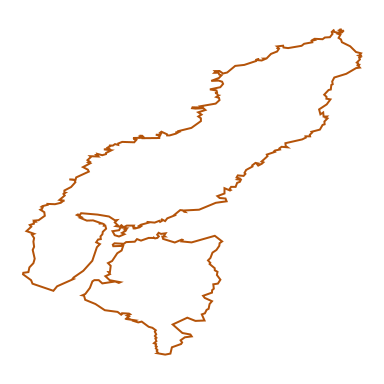 the district of Andøy nor, Nordland, Norway
{"feature_id": "86288312B3163335119560", "entity_name": "Andøy nor", "entity_type": "district", "adm_level": 2, "iso_a3": "NOR", "parent_name": "Norway", "parent_adm1": "Nordland", "projection": "natural_earth1", "projection_center": [15.765, 69.044], "detail": "fine", "context": "isolated", "style": "outline", "palette": "amber", "viewbox_px": 384, "rotation_deg": 0, "n_neighbors": 0, "source": "geoboundaries", "source_scale": "gbopen_adm2", "svg_char_len": 5934}
<svg xmlns="http://www.w3.org/2000/svg" viewBox="0 0 384 384"><path d="M341.7,29.4L340.1,29.5L339.2,30.7L340.0,32.4L338.7,32.9L332.8,31.6L334.3,29.6L331.7,32.0L332.5,33.9L329.9,37.2L324.9,37.5L322.6,39.2L314.6,38.8L313.0,39.7L314.2,40.2L311.6,40.9L312.2,42.3L304.1,43.8L301.6,45.8L288.1,48.1L283.5,47.5L283.1,45.7L277.2,46.4L278.3,47.2L277.5,48.2L278.9,48.8L277.1,51.5L271.0,53.9L266.5,58.5L263.8,58.6L264.7,59.2L261.7,60.5L256.3,60.0L259.1,59.0L258.3,59.0L256.1,59.8L256.1,61.0L244.3,64.9L235.2,65.9L227.2,72.5L223.0,73.5L219.5,71.0L214.9,71.1L215.5,71.7L214.4,72.8L218.4,72.7L219.3,74.6L221.5,75.3L218.9,78.0L211.2,80.9L218.6,80.6L222.1,81.7L223.1,83.9L220.3,87.2L209.9,89.4L216.5,90.5L217.0,92.3L215.1,93.1L216.7,93.2L217.9,95.0L216.8,95.2L218.6,95.5L216.3,97.0L219.0,97.9L219.5,100.1L215.7,103.6L200.7,106.2L203.4,107.6L192.5,107.3L192.1,108.2L195.5,108.6L203.4,108.2L205.4,110.0L198.2,112.3L201.5,114.6L198.3,116.5L200.9,118.3L200.9,121.1L191.4,127.9L178.8,131.0L179.4,131.6L175.4,132.5L177.8,132.6L176.0,133.6L169.7,135.4L167.1,135.4L167.0,134.3L161.4,131.7L160.2,132.7L161.4,133.1L160.6,134.3L159.4,134.3L160.8,134.9L155.8,134.7L159.9,135.8L158.7,137.8L160.2,138.0L142.2,138.2L141.4,136.8L143.1,136.7L142.2,135.8L139.4,135.7L141.6,135.8L139.8,136.3L141.3,137.8L133.0,138.0L135.8,138.5L133.4,138.9L136.3,139.9L134.2,142.3L122.2,141.9L118.2,143.5L118.3,144.9L115.0,144.1L112.8,145.6L109.0,145.5L110.2,146.2L107.6,147.6L109.2,148.8L103.9,149.4L111.4,150.3L106.1,152.9L106.0,154.1L102.2,155.2L97.4,153.9L97.8,154.8L96.4,154.9L98.2,156.5L90.2,156.2L91.0,156.9L87.5,160.1L89.8,161.8L88.3,162.4L90.2,163.3L83.0,167.1L87.9,169.7L88.8,171.6L76.2,177.4L75.5,179.9L72.3,179.5L69.3,179.4L74.5,180.0L75.4,182.2L71.1,187.0L64.4,190.5L64.3,192.7L65.3,192.8L63.5,194.0L64.7,195.5L59.5,199.9L64.5,200.7L61.8,201.1L62.5,201.5L60.8,202.8L55.0,204.2L47.5,203.9L47.7,204.8L42.5,206.1L41.5,206.8L42.7,207.3L42.0,208.9L40.4,209.7L44.3,212.2L44.8,215.8L38.6,220.2L34.2,220.6L35.5,221.8L33.7,222.0L33.9,223.7L29.8,225.0L31.3,226.7L26.5,231.1L34.0,233.8L31.9,234.7L34.1,238.1L33.4,241.6L34.1,246.8L32.7,249.9L34.7,258.7L33.4,263.2L29.4,267.4L28.4,272.1L23.3,272.8L23.0,274.3L31.1,280.2L32.5,283.7L53.4,290.8L57.1,286.3L73.3,279.1L72.5,278.9L73.6,277.5L83.3,270.8L92.3,260.8L96.9,247.2L99.9,244.1L96.2,242.3L98.1,239.5L100.8,239.1L100.5,236.4L102.4,234.3L102.8,231.8L106.1,228.7L105.3,225.6L103.8,225.7L104.1,224.4L102.4,223.5L98.7,223.6L100.6,223.0L93.1,220.4L86.8,220.6L80.1,217.8L81.5,217.2L76.9,215.0L77.7,214.5L80.1,214.8L81.1,213.2L97.6,214.6L109.0,216.5L114.9,220.3L117.1,220.1L114.8,222.4L117.6,225.1L115.9,226.1L119.6,226.7L121.4,225.2L122.4,226.1L121.2,226.9L122.0,227.3L120.3,227.8L119.1,230.2L112.5,231.2L114.7,235.2L119.0,236.5L124.4,234.2L122.0,232.9L125.6,230.9L126.2,229.9L124.9,229.6L126.9,228.2L122.8,227.7L126.8,225.6L133.8,225.6L133.2,226.7L134.8,227.6L132.8,228.4L135.0,228.5L139.6,227.3L141.0,226.3L139.2,225.8L141.0,224.7L148.9,222.6L146.6,221.9L154.7,222.6L159.3,220.8L160.1,221.9L162.3,220.6L161.2,219.0L165.1,221.1L167.3,218.3L176.2,214.8L174.6,214.7L180.2,210.1L182.6,210.3L184.3,211.8L185.1,211.9L183.6,210.5L199.1,209.7L215.8,202.8L226.6,201.3L225.5,198.5L219.6,198.0L217.4,196.1L224.5,193.5L224.5,188.2L230.0,190.5L230.7,190.1L229.4,189.3L231.1,186.9L235.6,186.9L237.1,182.9L239.9,181.8L240.8,179.9L237.6,179.4L239.4,178.4L236.6,177.5L237.8,175.4L243.6,175.9L245.4,173.9L244.5,172.9L246.2,169.9L252.5,166.5L252.2,165.4L255.5,162.9L257.9,163.4L256.9,164.0L258.2,165.6L261.9,163.7L263.4,162.3L261.6,161.5L267.5,156.2L266.8,154.6L274.9,151.9L274.2,151.2L275.0,150.5L280.0,149.5L279.4,148.4L281.6,146.8L287.5,147.3L285.7,146.0L285.4,143.2L302.2,139.4L305.8,137.6L305.5,136.3L310.1,136.3L309.8,134.8L312.1,132.6L311.5,131.8L319.9,129.6L322.6,124.9L324.6,124.3L324.4,121.5L327.5,118.4L325.7,117.7L326.9,116.5L323.6,116.6L323.2,112.5L320.4,114.3L319.1,109.4L326.7,104.4L330.4,99.4L326.4,98.7L326.5,96.8L324.2,94.7L328.6,90.0L330.8,89.5L331.3,85.0L332.7,84.2L332.2,81.5L334.3,77.5L346.3,73.8L356.1,68.1L359.8,67.6L358.5,66.1L359.1,65.0L357.6,65.1L358.2,63.4L356.8,62.6L359.9,59.4L359.2,57.7L360.8,56.8L358.7,55.6L360.7,55.2L360.1,54.3L361.0,53.3L356.0,52.0L350.2,46.3L341.9,42.2L341.0,39.5L338.6,37.9L340.4,34.7L338.2,33.9L342.1,32.3L343.8,30.4L340.3,32.1L341.0,30.2L340.1,30.0L341.7,29.4ZM214.8,235.8L191.6,242.4L181.6,241.4L182.6,239.9L181.8,239.6L174.8,242.5L163.1,238.9L162.4,236.7L164.6,236.7L163.6,236.4L164.8,236.4L163.9,235.8L165.6,233.3L161.0,233.9L158.6,232.8L157.2,234.7L158.8,236.4L157.4,237.9L155.0,238.4L152.9,237.0L154.1,238.0L148.7,237.9L141.0,240.6L137.0,239.1L134.8,241.7L126.1,242.1L123.8,243.8L114.5,243.3L112.8,244.7L113.3,246.2L122.8,245.9L121.0,245.1L122.7,245.2L123.3,245.5L121.6,250.5L117.3,253.2L112.1,261.0L108.0,263.1L110.7,265.8L109.9,272.2L108.5,272.1L110.0,274.1L105.4,276.2L109.7,280.2L120.4,282.2L118.8,282.9L115.2,281.5L102.3,283.4L98.7,280.1L94.4,280.1L92.4,281.4L89.9,287.9L85.3,294.0L82.4,295.3L84.0,295.6L85.2,299.8L95.4,304.0L104.8,310.2L117.6,311.9L121.2,314.7L122.3,313.8L121.3,313.2L129.0,313.6L130.1,314.3L127.0,315.6L129.0,316.5L126.6,318.3L128.4,318.8L127.6,319.2L135.6,320.4L134.1,321.1L138.2,322.4L141.7,321.6L148.7,326.8L152.4,327.8L155.8,330.3L154.8,331.7L156.2,334.3L154.9,336.0L156.4,337.8L155.4,338.5L156.4,341.2L154.0,343.2L156.1,344.1L155.6,346.0L156.7,346.6L155.8,348.3L157.4,350.0L156.7,351.0L158.0,352.8L157.2,353.2L165.2,354.6L170.4,353.6L171.9,347.3L181.1,344.0L182.1,342.5L180.6,340.3L184.8,337.3L191.7,336.4L190.4,334.5L182.4,333.0L172.7,324.5L187.3,317.7L195.4,320.9L204.5,320.5L201.8,314.4L204.9,313.3L206.6,309.9L208.6,308.8L209.6,304.0L212.0,301.2L204.7,297.9L203.1,295.8L212.0,292.6L212.1,290.2L213.8,288.7L213.3,284.3L217.9,283.6L220.4,279.7L216.9,275.0L217.5,271.8L214.8,270.3L214.7,268.2L209.6,264.0L210.3,262.9L208.0,260.4L210.4,258.0L212.5,252.6L216.4,250.0L219.3,245.8L219.6,243.2L222.1,241.4L214.8,235.8Z" fill="none" stroke="#b45309" stroke-width="2"/></svg>